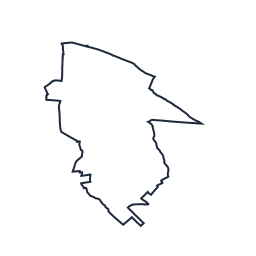 the district of Valeni, Vaslui, Romania, rotated 166°
{"feature_id": "2599482B38233755560354", "entity_name": "Valeni", "entity_type": "district", "adm_level": 2, "iso_a3": "ROU", "parent_name": "Romania", "parent_adm1": "Vaslui", "projection": "natural_earth1", "projection_center": [27.752, 46.755], "detail": "fine", "context": "isolated", "style": "outline", "palette": "slate", "viewbox_px": 256, "rotation_deg": 166, "n_neighbors": 0, "source": "geoboundaries", "source_scale": "gbopen_adm2", "svg_char_len": 5789}
<svg xmlns="http://www.w3.org/2000/svg" viewBox="0 0 256 256"><g transform="rotate(166 128 128)"><path d="M172.1,225.8L171.8,225.5L171.6,225.1L171.5,224.7L171.4,224.0L171.5,223.4L171.5,222.9L171.6,221.9L171.8,221.4L172.2,219.5L172.3,217.8L172.6,216.4L172.7,215.8L172.7,215.1L173.5,215.2L173.8,213.9L173.9,213.5L174.0,213.3L174.1,212.8L174.2,212.2L174.3,212.2L174.3,211.9L174.4,211.4L174.6,211.2L174.9,210.5L175.7,207.5L176.6,204.3L176.9,204.0L177.1,202.8L179.4,194.0L179.6,193.7L179.7,193.2L180.2,192.1L181.1,189.7L184.1,190.9L186.8,191.8L187.2,191.8L187.7,191.7L188.0,191.8L188.5,191.8L188.7,191.6L189.0,191.7L189.3,191.8L189.5,191.9L189.9,191.7L190.8,191.0L191.3,190.8L192.1,190.9L192.4,190.4L192.6,190.2L192.9,190.0L193.4,189.9L194.0,189.7L194.7,189.3L195.3,189.1L197.6,188.4L198.6,188.0L199.0,187.6L197.6,180.1L198.6,180.1L198.8,179.1L199.0,178.9L199.6,178.7L199.8,178.0L199.8,177.1L200.0,176.9L200.2,176.3L200.3,175.8L200.3,175.0L199.7,174.7L198.9,174.7L197.1,174.1L193.1,172.7L190.3,171.8L187.1,170.6L187.4,170.1L189.4,166.8L189.6,166.2L190.2,164.1L190.5,161.2L190.9,158.9L191.5,155.7L192.7,150.5L192.9,149.5L193.3,146.6L193.6,145.0L193.8,144.0L193.6,140.3L188.4,135.2L186.1,133.0L183.5,130.6L180.0,127.3L180.4,126.9L179.6,126.8L178.1,126.7L178.1,126.0L178.2,125.8L178.8,125.2L179.1,124.1L179.3,123.4L179.3,122.6L179.2,122.0L179.1,121.0L179.0,119.1L179.0,118.6L179.1,118.2L178.9,117.8L178.3,117.5L178.0,117.3L177.8,117.0L177.7,116.6L177.8,116.2L178.0,115.6L178.6,114.2L178.9,113.6L179.5,112.3L179.5,111.7L180.0,111.2L181.1,110.8L184.6,109.1L185.8,108.4L186.5,107.8L187.0,107.3L187.6,106.4L191.3,100.5L192.3,99.1L192.1,99.0L185.3,97.9L185.6,96.5L183.2,96.1L183.3,95.6L184.0,94.3L184.9,92.9L183.1,92.6L175.9,92.0L175.7,91.9L177.3,87.8L177.5,85.9L177.5,84.9L185.6,85.6L186.9,85.6L186.9,85.4L186.8,84.9L186.4,83.7L186.0,82.8L185.8,82.4L185.4,81.2L185.4,80.8L185.5,80.3L185.1,80.2L183.2,80.1L183.1,79.9L183.0,78.6L183.0,77.6L183.0,76.1L182.9,75.2L182.5,74.4L182.1,73.8L181.7,73.0L181.3,71.9L180.9,71.2L180.0,70.8L179.6,70.5L179.2,70.1L178.9,69.8L178.5,69.6L178.0,69.4L177.6,69.1L177.5,68.8L177.2,68.4L176.9,68.1L176.4,67.7L174.8,66.9L174.1,66.6L173.7,66.3L173.3,66.0L172.8,65.2L172.5,64.7L172.3,64.0L172.2,63.4L172.1,63.0L171.5,62.0L170.9,60.6L170.6,59.9L170.2,59.4L169.4,59.0L169.0,57.7L169.0,57.3L169.0,56.8L168.8,56.4L168.6,56.1L168.2,55.8L167.9,55.3L167.2,54.7L166.8,54.4L166.7,54.2L166.8,53.9L167.0,53.4L167.0,52.7L166.9,52.2L167.1,51.6L166.6,50.9L164.8,47.9L163.0,45.1L158.9,39.2L158.1,38.2L156.0,35.3L154.2,36.3L149.6,38.5L148.4,39.1L148.1,39.3L145.8,40.5L145.3,39.7L145.2,39.4L143.9,37.3L142.6,35.2L141.9,33.9L141.3,33.0L140.6,32.1L139.2,29.9L138.9,30.1L138.1,30.6L135.8,31.9L136.7,33.2L138.9,37.0L139.4,37.7L142.6,42.8L143.5,44.4L144.1,45.4L144.8,46.6L145.3,47.2L146.8,49.8L147.4,50.8L145.7,51.7L143.2,52.4L142.6,52.5L141.1,52.4L138.7,52.0L137.3,51.7L134.4,51.1L130.8,50.1L130.4,49.8L129.7,49.6L127.6,49.1L127.2,49.0L126.8,49.1L126.6,49.3L127.9,51.2L128.2,51.9L128.5,52.1L129.2,52.9L129.9,53.6L131.1,54.9L132.3,56.4L124.3,61.2L124.2,60.9L123.8,60.1L122.8,58.8L121.8,57.7L116.0,61.9L113.3,63.7L113.6,64.6L113.7,65.1L112.8,65.4L111.6,65.6L111.3,65.6L108.0,66.3L108.3,67.1L108.5,67.9L108.0,68.0L108.3,69.1L107.2,69.5L105.5,69.9L100.6,71.0L100.6,71.5L100.7,72.0L100.7,72.5L100.5,73.9L100.3,74.5L100.0,75.1L99.6,75.9L99.2,76.7L98.9,77.7L98.7,78.4L98.7,78.8L98.8,79.9L98.9,80.7L100.0,82.9L100.6,83.9L101.2,85.7L101.3,86.0L101.2,86.2L100.6,87.1L100.6,87.5L100.6,89.0L100.8,89.6L100.8,90.8L100.7,91.6L100.7,92.2L100.7,92.6L101.2,94.5L101.4,95.0L102.1,96.1L102.4,97.0L102.5,97.4L102.8,98.8L103.0,99.2L103.3,99.7L104.1,100.7L104.3,101.1L104.4,101.3L104.5,101.5L104.5,101.8L104.5,102.3L104.4,103.1L104.5,103.6L104.6,104.0L104.6,104.3L104.4,104.9L104.3,105.5L104.3,105.9L104.5,107.0L104.7,107.8L104.9,108.3L105.8,110.0L105.9,110.4L106.0,111.7L106.0,111.9L105.6,112.5L104.4,114.0L104.2,114.6L104.0,115.3L103.9,116.0L103.8,119.6L103.9,121.0L103.9,122.5L103.9,123.1L103.5,123.6L103.9,124.3L104.0,125.2L104.2,125.7L104.4,126.0L104.9,126.8L106.1,128.1L107.0,129.1L105.4,129.3L104.8,129.5L104.2,129.9L103.1,130.0L102.4,130.0L102.0,129.9L96.8,128.1L96.5,128.0L95.3,127.7L88.3,125.2L86.9,124.8L86.4,124.5L84.4,123.9L81.7,122.9L81.2,122.8L75.0,120.7L55.7,114.5L57.9,117.0L59.4,118.1L60.6,118.9L64.6,122.9L65.9,124.4L66.9,126.5L67.5,127.2L68.5,128.7L71.6,132.2L73.2,134.4L73.8,134.8L74.3,135.3L74.7,135.8L75.0,136.5L75.4,136.9L76.2,137.3L76.7,137.7L77.7,139.2L78.3,139.5L78.5,139.7L78.5,139.9L78.6,140.4L78.8,140.7L79.2,141.0L79.5,141.2L79.5,141.4L80.0,141.9L80.4,142.1L81.1,142.9L81.4,143.2L82.1,143.9L82.4,144.0L82.7,144.1L82.8,144.4L84.0,145.5L84.1,145.9L84.4,146.2L84.3,146.4L84.4,146.6L84.8,146.9L85.4,147.2L85.7,147.6L86.0,147.6L86.3,147.7L86.7,148.1L87.1,148.5L87.2,148.8L87.3,149.1L87.5,149.2L87.9,149.7L88.5,150.0L88.9,150.5L89.2,150.7L89.6,151.0L90.1,151.4L90.9,152.0L91.3,152.3L91.6,152.4L91.9,152.6L92.2,152.9L92.5,153.8L92.9,153.9L93.2,154.2L93.3,154.6L93.6,155.2L94.4,155.6L94.8,157.0L94.9,157.6L95.0,157.8L95.1,158.1L95.0,158.4L95.3,158.7L95.7,159.0L96.3,159.0L96.6,159.4L96.8,159.6L96.8,160.1L97.1,160.7L97.9,161.4L97.4,161.9L93.9,166.7L93.5,167.3L92.7,168.4L91.6,169.8L89.6,171.3L91.6,172.6L92.5,173.3L94.0,174.4L96.8,176.3L98.1,177.3L98.8,178.1L99.7,179.3L100.5,180.0L100.8,180.2L102.9,182.9L105.2,186.3L105.9,187.1L106.2,188.2L107.4,189.5L109.8,191.4L110.8,192.0L118.7,197.5L119.9,198.5L121.5,199.6L124.3,201.7L125.2,202.0L125.7,202.6L126.5,203.4L127.9,204.4L129.7,205.8L131.8,207.1L133.2,208.2L135.6,209.8L136.6,210.4L137.2,210.9L138.7,211.8L143.3,214.4L143.6,214.6L144.4,215.1L145.5,215.5L148.4,217.1L147.4,217.1L147.3,217.6L148.7,217.8L148.8,217.3L152.4,219.3L152.9,219.7L161.0,224.1L161.5,224.5L171.9,226.1L172.1,225.8Z" fill="none" stroke="#1e293b" stroke-width="2"/></g></svg>